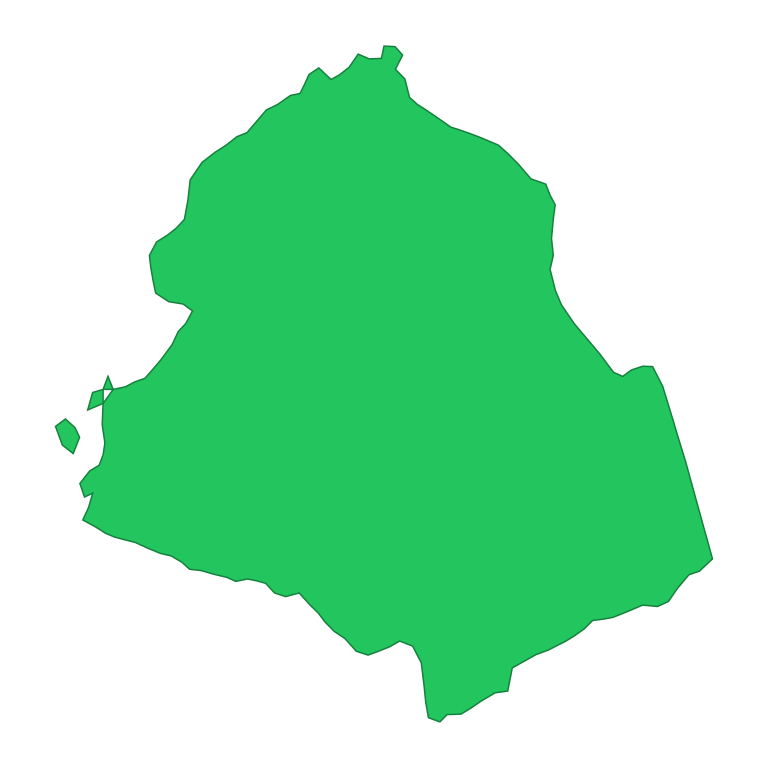 outline of São Gonçalo, Rio de Janeiro, Brazil
{"feature_id": "56859067B71133988881578", "entity_name": "São Gonçalo", "entity_type": "district", "adm_level": 2, "iso_a3": "BRA", "parent_name": "Brazil", "parent_adm1": "Rio de Janeiro", "projection": "equal_earth", "projection_center": [-43.016, -22.822], "detail": "fine", "context": "isolated", "style": "filled", "palette": "green", "viewbox_px": 768, "rotation_deg": 0, "n_neighbors": 0, "source": "geoboundaries", "source_scale": "gbopen_adm2", "svg_char_len": 2104}
<svg xmlns="http://www.w3.org/2000/svg" viewBox="0 0 768 768"><path d="M290.5,95.4L277.7,104.4L266.4,109.9L247.0,132.6L236.9,136.7L225.8,145.4L215.3,152.1L202.1,162.3L190.2,179.8L187.9,200.2L184.4,219.4L176.2,228.2L167.2,235.3L156.6,241.9L149.4,255.4L150.8,267.5L153.1,280.8L155.7,293.1L168.8,301.7L183.0,304.0L192.5,310.9L185.8,323.5L178.4,331.3L172.0,344.8L160.7,360.0L153.5,368.5L145.0,378.3L134.9,381.8L125.4,386.8L113.2,389.4L103.1,403.4L102.2,424.5L104.9,443.0L103.1,454.8L99.2,465.2L89.7,470.9L79.9,483.5L84.5,497.0L92.7,493.2L88.6,507.4L82.8,520.0L95.5,526.9L105.9,533.5L114.6,537.1L124.5,539.7L135.3,542.5L148.9,548.7L160.4,553.4L171.3,556.0L181.8,562.2L189.7,569.3L200.7,570.5L214.0,574.3L227.0,577.4L235.7,581.4L247.5,579.0L256.9,580.9L265.6,583.3L274.6,593.0L285.5,596.6L299.2,593.0L310.1,605.1L318.3,613.1L325.1,622.1L334.2,631.4L345.1,638.7L356.3,651.3L368.1,655.1L379.6,650.8L390.0,646.6L399.6,641.1L412.6,646.1L421.3,662.9L424.0,685.0L425.7,702.0L428.4,717.7L439.9,721.9L447.1,714.6L461.1,714.1L471.2,707.9L481.9,700.6L495.2,692.8L507.7,691.1L512.3,667.9L536.0,654.6L548.2,650.1L557.4,645.4L565.9,641.1L574.0,636.1L584.1,629.0L592.6,620.5L603.6,619.1L612.8,617.4L626.4,612.0L642.6,605.1L657.5,606.5L668.4,601.5L677.5,588.3L689.0,574.7L699.4,571.2L712.5,558.9L696.2,500.1L685.8,462.2L677.2,434.2L673.5,421.6L662.7,386.3L652.6,366.6L642.7,366.2L631.4,370.0L622.7,376.4L613.5,372.3L599.9,354.1L583.3,334.4L574.1,323.5L561.4,304.8L555.5,290.8L550.1,269.4L553.3,255.4L551.5,238.4L553.4,218.2L555.2,204.9L550.1,195.2L545.7,184.1L531.0,178.9L518.4,164.2L508.0,153.7L498.5,145.2L481.1,137.8L470.7,133.8L459.9,130.0L450.9,127.2L436.7,117.2L425.2,109.4L417.3,104.4L409.5,97.3L404.9,79.0L395.4,69.3L402.6,55.1L395.0,46.6L384.0,46.1L381.4,58.4L369.2,58.9L358.2,54.1L349.0,67.4L339.5,74.8L331.0,79.5L318.8,67.9L309.0,74.5L304.6,84.3L300.0,93.5L290.5,95.4ZM79.6,437.3L75.0,427.6L65.4,419.0L55.5,426.4L62.4,445.1L73.2,453.6L79.6,437.3ZM103.1,403.4L103.1,389.4L92.6,392.5L87.7,410.0L103.1,403.4ZM113.2,389.4L108.0,376.4L103.1,389.4L113.2,389.4Z" fill="#22c55e" stroke="#15803d" stroke-width="1.5"/></svg>